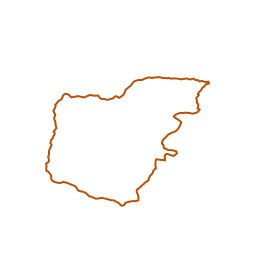 Nova Granada, São Paulo, Brazil (Equal Earth projection), rotated 54°
{"feature_id": "56859067B55961897513084", "entity_name": "Nova Granada", "entity_type": "district", "adm_level": 2, "iso_a3": "BRA", "parent_name": "Brazil", "parent_adm1": "São Paulo", "projection": "equal_earth", "projection_center": [-49.322, -20.455], "detail": "fine", "context": "isolated", "style": "outline", "palette": "amber", "viewbox_px": 256, "rotation_deg": 54, "n_neighbors": 0, "source": "geoboundaries", "source_scale": "gbopen_adm2", "svg_char_len": 3030}
<svg xmlns="http://www.w3.org/2000/svg" viewBox="0 0 256 256"><g transform="rotate(54 128 128)"><path d="M179.8,138.6L179.3,136.1L178.9,134.4L177.7,133.1L177.1,131.1L176.9,129.0L175.5,128.3L174.0,127.6L172.4,126.3L171.0,125.2L169.9,123.5L171.3,122.0L173.1,120.2L174.4,118.5L175.9,117.2L174.4,115.9L172.2,114.9L171.4,112.5L172.6,111.0L174.1,110.0L175.8,108.8L177.3,107.8L177.4,105.7L177.3,103.4L175.5,102.6L174.0,103.7L172.1,105.1L170.9,106.7L169.7,108.2L168.2,109.2L166.7,109.8L165.4,110.8L163.7,109.9L162.2,109.3L160.5,109.7L158.9,108.0L157.9,105.7L157.6,102.7L156.9,98.9L157.4,96.4L157.9,93.9L158.6,91.6L158.4,89.3L157.8,87.3L157.1,85.6L156.1,83.6L154.7,81.5L153.0,81.9L150.1,82.7L147.3,84.0L145.6,84.3L145.2,82.4L145.5,80.4L145.9,78.4L146.7,76.5L148.2,74.7L149.1,73.0L150.6,71.0L152.3,69.2L154.3,67.4L155.7,64.3L156.0,61.6L155.1,59.2L153.2,60.3L151.8,58.5L150.1,57.3L148.4,57.5L146.8,56.5L145.3,55.7L143.9,55.3L143.6,53.6L142.9,51.3L141.6,51.6L140.7,49.6L140.5,47.1L139.3,44.5L139.2,41.7L138.4,39.8L139.5,36.3L137.8,35.7L136.5,38.1L134.9,39.4L133.5,40.4L132.4,42.8L130.6,43.2L128.8,45.2L126.6,45.9L125.8,48.1L124.6,50.0L122.9,50.8L121.7,52.8L120.8,54.4L120.2,56.0L118.9,57.3L117.9,58.2L116.0,60.2L114.0,63.1L112.8,64.7L111.5,65.6L110.7,67.2L109.5,68.4L108.2,70.2L106.0,72.1L104.8,73.4L103.7,75.4L102.4,77.4L101.7,79.1L99.9,80.7L98.9,82.2L98.3,84.4L97.7,86.1L97.4,88.4L95.3,91.3L93.9,95.3L94.5,98.3L95.4,101.4L95.5,104.3L95.7,107.5L96.9,109.2L98.2,111.3L98.5,113.0L98.5,117.4L95.8,118.5L94.8,119.8L95.2,123.0L94.1,125.3L93.5,127.4L92.3,128.9L90.4,130.2L89.3,132.0L87.6,133.1L84.2,133.1L82.6,135.6L80.4,138.0L79.0,139.2L78.2,142.3L77.6,145.2L76.2,146.8L74.3,148.4L72.6,149.9L72.0,151.8L71.0,153.3L70.0,155.8L68.4,156.1L67.0,156.2L65.2,156.9L63.4,158.7L63.4,160.8L64.3,162.6L65.7,165.0L65.3,167.9L65.5,169.7L66.2,171.3L66.5,173.3L67.9,173.8L69.4,176.3L70.4,178.4L72.7,178.8L74.7,179.0L76.0,181.2L77.6,182.6L79.9,183.0L81.8,184.0L83.5,185.0L86.0,186.0L86.6,188.2L87.4,190.5L88.8,190.2L90.1,191.2L90.8,193.2L92.1,195.1L92.6,197.6L94.8,199.7L96.4,199.6L97.7,201.0L98.4,202.8L99.9,205.1L101.6,206.5L103.1,207.5L104.2,209.4L106.4,210.3L108.3,211.4L108.9,212.9L108.4,214.7L109.5,215.6L111.2,216.5L112.6,217.9L114.7,219.2L116.5,218.2L118.6,218.0L120.5,218.0L121.8,218.6L123.9,219.9L125.9,220.3L127.7,219.6L129.9,218.0L132.0,216.0L133.2,214.1L133.5,211.9L134.9,211.0L137.3,209.0L139.3,207.9L140.4,207.2L143.0,205.5L145.1,204.8L146.7,204.8L148.4,205.1L150.5,204.4L153.0,201.9L154.9,200.8L156.2,200.2L157.7,200.0L160.5,199.5L161.9,198.1L163.5,197.2L166.3,195.5L167.7,193.2L168.7,191.1L170.1,189.3L172.0,187.7L174.0,186.0L175.3,185.0L176.7,183.9L178.2,182.0L180.2,181.2L182.0,180.1L183.9,179.5L185.7,179.3L187.1,178.9L188.1,176.7L187.1,174.1L187.5,172.5L188.3,170.4L189.6,167.7L191.5,165.0L192.6,162.2L190.8,160.6L188.8,159.6L186.9,159.0L185.4,158.7L184.2,158.2L183.2,157.1L183.2,155.0L183.0,152.7L182.6,150.4L182.6,148.2L182.1,146.5L182.4,144.3L182.3,142.0L181.0,140.8L179.8,138.6Z" fill="none" stroke="#b45309" stroke-width="2"/></g></svg>